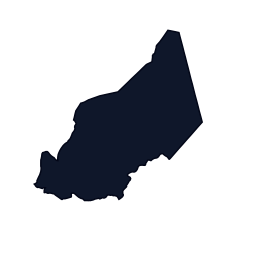 Chad, Equal Earth projection, rotated 42°
{"feature_id": "TCD", "entity_name": "Chad", "entity_type": "country or territory", "adm_level": 0, "iso_a3": "TCD", "parent_name": "Africa", "parent_adm1": "", "projection": "equal_earth", "projection_center": [18.978, 15.46], "detail": "fine", "context": "isolated", "style": "filled", "palette": "ink", "viewbox_px": 256, "rotation_deg": 42, "n_neighbors": 0, "source": "natural_earth", "source_scale": "50m", "svg_char_len": 3496}
<svg xmlns="http://www.w3.org/2000/svg" viewBox="0 0 256 256"><g transform="rotate(42 128 128)"><path d="M179.2,74.0L179.2,79.8L179.3,85.7L179.4,91.5L179.4,97.3L179.5,103.2L179.5,109.0L179.6,114.9L179.7,120.8L179.7,122.7L179.6,123.5L179.3,123.7L177.0,123.2L176.0,123.2L174.5,123.6L172.4,123.8L171.1,123.7L170.1,124.7L169.4,126.0L169.8,128.9L169.7,129.9L169.4,130.9L168.8,131.7L168.2,132.4L167.8,133.0L167.3,134.3L167.0,135.0L167.0,135.8L166.9,136.7L166.5,137.1L165.5,137.4L164.9,137.8L164.4,138.5L164.1,138.9L164.3,139.5L164.5,140.4L164.7,141.7L164.8,142.4L165.2,143.1L165.5,143.5L165.6,144.1L165.4,144.5L164.2,145.5L163.7,145.8L163.2,146.3L162.9,146.5L162.1,147.4L161.6,148.2L161.4,148.9L161.4,149.8L161.9,151.1L162.4,152.3L162.6,153.2L162.7,154.2L162.7,155.1L162.4,155.9L162.0,156.6L160.3,157.9L159.5,159.4L158.9,161.2L158.7,162.2L158.9,162.9L159.2,163.4L159.7,163.7L160.4,163.8L161.6,163.5L162.7,163.3L163.9,163.9L164.5,165.5L164.3,166.6L164.8,168.6L165.2,171.0L165.1,171.8L165.3,172.1L166.0,172.3L166.2,172.8L166.0,177.1L166.3,178.3L166.8,179.1L167.4,179.6L168.0,180.2L168.2,180.6L168.9,180.6L169.6,181.4L169.8,182.5L169.8,183.5L169.4,185.6L169.0,187.1L168.6,187.0L167.7,186.6L166.7,186.3L165.4,186.1L164.2,186.7L162.9,187.4L162.5,188.0L162.1,188.3L161.5,188.3L161.0,188.4L160.7,188.9L160.2,189.5L158.3,190.8L157.9,191.2L157.6,191.7L157.6,192.2L157.8,193.2L157.8,194.4L157.4,195.5L156.9,196.2L156.4,196.4L155.9,196.6L155.6,197.0L154.6,199.3L154.2,199.7L153.3,199.7L150.8,203.2L150.5,204.2L149.6,205.6L148.4,207.3L147.4,208.0L147.3,208.3L147.0,208.6L146.4,209.0L144.2,211.0L141.5,210.9L140.3,211.7L139.2,212.0L137.5,212.4L137.0,212.4L134.8,212.5L132.3,212.5L131.3,212.7L130.4,213.5L129.8,214.1L129.7,214.4L129.8,214.6L129.7,214.9L131.5,216.5L131.9,217.3L131.5,218.0L131.3,218.1L131.0,218.8L129.9,220.6L128.4,222.8L127.6,223.4L127.2,223.8L126.8,225.2L126.5,225.4L125.5,225.6L123.3,225.8L120.3,226.2L118.6,226.4L117.5,226.2L115.9,227.2L115.3,227.5L115.0,227.6L113.5,228.5L112.2,230.0L111.7,230.3L109.9,230.9L109.2,231.9L108.9,232.0L107.7,230.7L106.9,229.5L106.5,228.2L106.5,227.8L106.3,227.9L105.6,228.4L105.1,229.1L104.8,230.3L103.0,231.1L101.4,231.7L100.7,232.6L99.5,233.0L98.1,232.9L97.0,232.5L95.9,232.4L96.4,231.3L96.6,230.5L96.7,229.5L96.6,228.9L96.0,228.5L95.6,228.0L94.6,224.9L93.7,221.7L92.3,218.6L90.9,216.6L89.8,215.4L89.5,215.2L88.9,214.8L88.6,214.5L86.6,212.3L84.6,210.0L84.1,208.9L83.1,207.2L82.0,205.6L81.4,204.8L81.1,203.4L81.9,202.2L82.7,200.6L83.8,199.6L85.1,199.5L87.3,200.0L89.6,200.1L92.0,199.8L92.6,199.6L93.2,199.6L94.4,199.9L96.6,199.9L97.7,199.2L96.5,198.1L95.2,196.4L94.0,194.6L93.3,192.9L92.6,190.7L92.0,188.0L91.6,184.5L91.7,182.5L91.9,181.1L92.6,178.8L92.1,177.5L92.2,176.4L92.2,174.8L92.0,173.9L91.1,171.3L91.0,171.0L90.2,169.1L89.9,166.0L89.1,164.0L87.7,163.0L87.0,161.8L86.7,159.7L86.2,159.2L84.0,158.4L82.2,158.4L81.0,156.0L79.3,153.0L77.8,150.1L76.9,144.4L76.3,141.2L77.0,140.2L78.3,137.9L79.9,133.4L83.6,126.6L85.5,123.1L89.2,117.9L93.8,111.5L96.4,107.9L96.9,101.3L97.4,94.4L97.7,89.2L98.2,83.0L98.6,77.8L98.8,74.0L99.2,68.7L99.5,67.7L101.3,63.5L101.5,63.0L101.2,62.3L98.7,58.7L97.9,58.0L97.4,56.1L98.1,55.1L95.1,49.2L94.4,48.4L94.1,47.7L94.0,46.7L94.0,42.6L93.3,36.2L92.3,28.7L95.8,26.6L98.5,25.0L102.0,23.0L105.1,25.1L109.7,28.1L114.3,31.1L118.9,34.2L123.5,37.2L128.1,40.3L132.7,43.3L137.3,46.4L141.9,49.5L146.6,52.5L151.2,55.6L155.8,58.7L160.5,61.7L165.2,64.8L169.8,67.9L174.5,70.9L179.2,74.0Z" fill="#0f172a" stroke="#020617" stroke-width="1.5"/></g></svg>